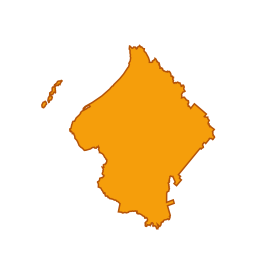 the district of Hinchinbrook, Queensland, Australia, rotated 214°
{"feature_id": "25037944B17459590153092", "entity_name": "Hinchinbrook", "entity_type": "district", "adm_level": 2, "iso_a3": "AUS", "parent_name": "Australia", "parent_adm1": "Queensland", "projection": "robinson", "projection_center": [146.068, -18.658], "detail": "fine", "context": "isolated", "style": "filled", "palette": "amber", "viewbox_px": 256, "rotation_deg": 214, "n_neighbors": 0, "source": "geoboundaries", "source_scale": "gbopen_adm2", "svg_char_len": 5772}
<svg xmlns="http://www.w3.org/2000/svg" viewBox="0 0 256 256"><g transform="rotate(214 128 128)"><path d="M47.0,61.1L47.3,61.4L47.2,62.3L47.5,63.0L49.6,64.6L46.6,64.2L46.5,66.0L47.6,68.3L47.0,68.8L47.1,69.7L46.4,70.0L46.7,71.1L46.5,72.0L44.7,73.8L44.1,75.1L43.6,75.2L42.9,74.9L42.7,75.6L43.4,77.9L44.2,78.0L44.1,79.2L51.8,85.6L47.6,91.4L50.3,93.7L54.4,87.9L59.5,95.6L59.8,96.9L58.9,98.6L59.5,99.5L59.7,100.8L60.7,101.4L60.8,102.2L61.4,102.4L61.7,102.9L62.1,103.1L62.2,103.7L63.9,104.9L63.5,106.0L63.9,106.2L63.9,107.2L64.5,107.4L64.5,107.9L65.0,108.4L65.5,110.2L66.2,111.2L65.7,112.1L65.0,112.1L64.4,112.5L63.7,112.5L63.6,112.8L58.6,109.6L58.8,107.7L55.5,107.3L54.7,114.8L57.0,115.0L57.0,115.5L57.8,116.1L57.5,117.3L60.1,117.5L56.9,151.1L56.6,151.1L56.6,151.6L55.5,151.6L55.5,152.6L55.1,153.0L54.7,154.1L55.5,155.0L56.3,155.1L56.8,156.0L57.1,156.6L56.8,157.2L56.9,158.5L55.3,158.9L54.9,158.7L54.4,164.0L54.7,164.5L54.5,165.1L53.4,165.5L53.2,165.9L52.0,165.9L51.4,165.7L51.1,166.1L51.3,166.6L51.0,168.5L51.8,169.4L53.2,169.3L53.4,169.9L54.5,170.6L55.2,171.8L55.9,172.1L55.7,175.1L59.8,175.3L60.6,175.6L60.8,174.9L62.2,175.5L62.2,175.8L62.7,176.1L63.0,176.7L63.9,176.3L64.5,177.3L64.8,178.3L64.9,179.7L67.1,180.4L68.0,181.6L69.0,180.7L70.3,180.5L70.8,180.0L71.1,180.0L70.8,183.4L86.5,185.2L87.0,179.3L89.1,180.3L89.4,180.3L89.4,180.1L90.1,179.7L91.5,181.2L91.9,181.3L91.7,182.0L91.8,182.9L92.7,183.5L92.8,184.1L93.2,184.3L95.6,183.9L96.7,184.5L98.0,184.7L98.2,185.0L98.8,184.9L100.4,183.0L100.7,183.8L102.5,186.0L102.5,188.6L101.7,189.5L101.3,190.4L103.3,191.2L104.1,192.3L104.3,193.4L105.9,194.5L106.4,194.3L106.8,193.8L106.6,192.7L107.1,192.3L108.1,193.2L109.0,193.6L110.2,194.4L111.1,193.7L111.5,193.9L112.5,193.8L113.2,192.2L113.6,192.5L114.4,192.0L114.7,190.9L114.9,190.9L116.4,191.5L116.8,192.1L117.0,193.0L118.1,193.3L118.7,194.4L118.3,194.9L118.6,195.4L119.3,195.0L119.7,195.6L120.1,195.8L120.8,195.1L121.4,195.1L121.8,195.8L123.3,197.2L125.2,198.0L125.8,197.8L126.3,196.8L127.1,197.0L127.1,196.3L128.8,195.6L129.8,195.6L130.1,195.3L130.8,195.6L131.9,195.5L132.4,196.4L133.3,196.4L133.6,196.7L134.0,196.5L134.3,195.9L134.9,195.4L135.6,196.4L135.8,196.9L136.2,196.9L137.3,197.6L137.2,197.8L137.7,197.8L137.8,198.6L138.2,199.0L138.7,199.0L139.0,199.4L139.9,199.1L141.0,199.6L141.2,199.3L143.3,200.7L144.5,200.8L144.2,200.2L144.5,199.2L144.3,198.8L145.2,197.3L144.6,196.5L145.3,195.5L147.0,194.4L147.8,195.7L150.3,197.7L155.4,200.4L157.3,200.6L157.9,201.0L158.8,202.8L159.5,202.4L161.1,202.5L162.0,202.9L163.0,202.1L163.5,202.6L164.5,202.9L164.6,201.8L165.3,200.3L164.9,199.3L165.1,198.4L165.7,198.3L166.6,199.1L167.0,199.2L168.6,198.3L168.7,196.8L169.1,196.4L170.4,196.5L171.5,197.0L172.5,196.8L171.1,194.1L169.9,193.7L168.2,191.2L166.9,190.1L166.1,188.5L165.1,187.8L163.6,184.6L163.6,183.1L163.3,181.9L162.5,181.6L161.7,178.8L161.9,178.0L161.8,170.3L162.4,164.2L164.0,156.1L164.0,155.6L163.8,155.3L164.0,154.4L164.5,153.9L164.9,151.4L164.9,150.3L167.6,139.9L171.9,129.1L175.5,122.0L176.0,119.3L175.7,118.7L175.0,120.4L174.9,121.8L173.7,124.2L172.7,125.0L171.5,124.8L171.6,123.7L172.5,122.7L173.2,120.6L175.6,116.2L175.9,114.9L175.8,113.9L175.5,113.7L175.7,111.4L176.6,107.4L176.1,103.7L177.3,102.8L177.2,101.5L176.8,100.9L176.5,99.3L175.2,96.1L175.1,95.6L175.7,94.9L175.6,94.4L174.5,93.8L174.6,93.1L173.5,92.9L173.4,93.5L172.5,93.4L171.2,92.4L171.2,92.7L170.2,93.2L169.1,92.3L167.8,91.6L166.1,89.7L163.9,89.3L161.9,88.3L158.8,86.2L156.4,85.7L154.3,85.7L151.7,85.0L150.4,86.1L147.4,89.7L146.6,91.9L145.0,93.2L144.2,92.8L143.0,93.6L143.1,94.9L142.1,95.3L142.3,96.1L141.8,95.8L141.3,95.8L140.7,95.0L140.6,93.9L138.2,92.3L137.9,91.7L137.2,92.2L136.4,92.1L135.3,92.4L133.3,92.0L131.2,90.8L129.3,90.3L128.7,89.7L127.7,89.7L126.7,88.0L126.7,86.8L126.3,86.3L126.8,85.4L126.6,85.0L127.5,84.4L127.8,83.7L127.0,82.6L126.1,82.0L126.7,81.2L127.4,81.1L126.9,80.7L126.1,80.6L125.3,79.9L125.0,78.7L124.5,78.3L123.9,75.8L123.0,75.2L121.5,75.3L121.1,74.5L121.5,72.4L122.0,72.2L123.3,70.5L122.6,69.2L122.4,67.7L123.1,66.4L123.0,66.1L121.3,65.1L119.9,63.1L119.7,62.5L116.9,63.0L115.0,61.9L114.2,61.8L111.7,60.3L111.1,61.3L110.6,61.1L110.4,60.4L108.6,59.0L106.8,60.1L106.0,59.7L105.7,59.2L104.8,59.5L103.2,59.3L102.6,60.0L101.8,60.0L101.0,60.5L99.0,60.6L98.5,61.1L97.1,61.4L96.3,61.0L95.3,61.4L92.3,60.8L89.1,53.1L86.0,54.7L85.2,54.4L84.6,54.8L83.5,56.2L81.8,56.8L80.5,58.4L80.5,59.1L79.6,60.1L78.3,61.0L78.0,61.6L76.6,62.2L75.6,63.4L74.8,63.4L74.1,64.1L73.5,63.5L73.5,62.8L72.7,62.2L72.2,62.3L72.2,62.8L71.0,62.8L70.9,63.3L69.0,63.6L67.7,63.7L67.0,63.4L65.0,63.8L63.7,62.7L63.0,63.2L62.9,63.9L62.1,64.0L60.7,63.2L60.0,61.7L60.5,61.0L60.7,58.8L59.9,58.6L59.9,58.0L59.4,57.1L58.9,56.6L58.5,56.8L58.3,56.5L57.9,56.6L57.5,57.3L58.0,58.6L56.4,59.1L56.1,59.7L55.1,59.6L55.3,60.1L55.0,60.4L55.2,61.2L55.0,61.5L55.5,62.1L55.4,62.5L54.8,63.0L53.7,62.8L52.6,60.7L52.3,60.6L52.2,61.3L51.0,61.9L50.3,61.7L49.8,62.1L47.9,60.5L47.0,61.1ZM207.9,116.8L209.3,118.7L209.8,118.9L210.1,119.8L211.1,120.7L211.6,121.7L211.1,123.3L210.5,123.5L210.2,124.1L209.6,124.3L209.9,125.4L209.4,126.0L208.7,125.9L209.2,128.1L209.0,130.1L209.2,130.3L209.6,130.3L210.0,130.0L210.1,129.2L211.4,128.5L212.3,127.4L212.4,126.9L212.2,125.4L212.6,124.4L212.5,123.3L213.1,122.9L212.5,121.0L212.6,120.2L213.3,119.8L213.3,118.9L211.6,116.3L211.6,115.2L212.2,114.5L212.2,113.6L212.5,113.3L211.0,111.0L210.9,108.5L209.9,106.2L208.1,104.8L207.8,105.3L208.4,107.2L207.3,108.6L207.4,109.4L208.0,111.3L208.9,111.6L209.3,111.2L209.5,111.3L210.1,111.8L210.4,112.9L209.1,113.6L209.5,116.1L209.1,116.5L208.0,116.4L207.9,116.8ZM212.7,101.8L212.3,98.9L211.0,97.4L209.6,97.4L209.2,97.8L209.2,98.9L208.9,99.3L209.2,100.6L208.9,102.4L210.4,103.6L211.6,103.8L211.7,103.2L212.7,101.8Z" fill="#f59e0b" stroke="#b45309" stroke-width="1.5"/></g></svg>